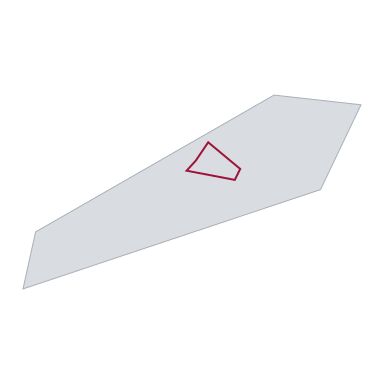 The Valley highlighted on a map of Anguilla
{"feature_id": "AIA-5126", "entity_name": "The Valley", "entity_type": "District", "adm_level": 1, "iso_a3": "AIA", "parent_name": "Anguilla", "parent_adm1": "", "projection": "orthographic", "projection_center": [-63.059, 18.236], "detail": "fine", "context": "in_parent", "style": "outline", "palette": "rose", "viewbox_px": 384, "rotation_deg": 0, "n_neighbors": 0, "source": "natural_earth", "source_scale": "10m", "svg_char_len": 342}
<svg xmlns="http://www.w3.org/2000/svg" viewBox="0 0 384 384"><path d="M320.5,189.6L23.0,288.9L35.6,231.9L274.0,95.1L361.0,104.8L320.5,189.6Z" fill="#d9dde1" stroke="#a8b0b8" stroke-width="1"/><path d="M186.6,170.7L195.8,160.6L208.2,142.3L232.7,162.7L240.2,168.9L234.8,179.9L186.6,170.7Z" fill="none" stroke="#9f1239" stroke-width="2"/></svg>